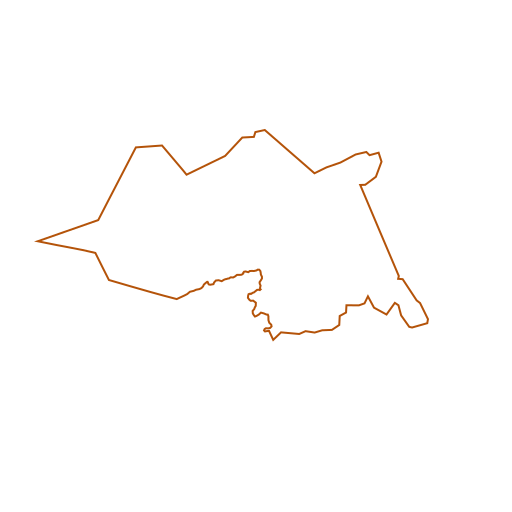 the district of Randolph, West Virginia, United States of America, rotated 51°
{"feature_id": "52423323B54631605576846", "entity_name": "Randolph", "entity_type": "district", "adm_level": 2, "iso_a3": "USA", "parent_name": "United States of America", "parent_adm1": "West Virginia", "projection": "orthographic", "projection_center": [-79.767, 38.752], "detail": "fine", "context": "isolated", "style": "outline", "palette": "amber", "viewbox_px": 512, "rotation_deg": 51, "n_neighbors": 0, "source": "geoboundaries", "source_scale": "gbopen_adm2", "svg_char_len": 2142}
<svg xmlns="http://www.w3.org/2000/svg" viewBox="0 0 512 512"><g transform="rotate(51 256 256)"><path d="M107.2,416.3L110.5,413.6L122.3,403.8L130.9,396.5L142.1,387.1L152.5,378.9L167.3,382.2L182.1,385.4L199.4,373.4L217.1,361.0L228.3,353.0L239.6,344.7L240.2,342.2L240.9,339.5L241.6,336.7L242.3,333.4L242.2,329.9L243.9,326.3L244.5,323.8L246.1,320.8L246.6,318.6L246.3,316.3L245.4,314.5L245.3,312.3L245.3,310.3L245.6,309.9L246.6,310.1L247.1,310.4L248.3,310.6L249.5,309.7L251.1,306.8L250.2,305.2L249.8,302.6L251.3,300.3L254.0,298.5L254.3,295.9L254.8,294.3L255.3,293.5L255.8,292.1L256.5,291.0L256.5,289.9L256.7,289.0L258.3,287.3L258.7,285.2L258.7,282.7L260.6,280.3L261.5,278.9L261.6,276.9L261.0,276.5L260.7,275.2L261.5,273.8L263.7,272.2L263.8,270.2L265.1,268.5L266.4,267.0L267.5,264.8L267.7,263.2L268.7,262.1L270.5,262.1L272.0,262.9L273.5,263.9L275.8,264.4L277.2,265.5L277.9,267.4L278.6,269.7L279.8,270.5L281.9,271.1L283.4,273.0L284.3,273.7L284.8,273.5L284.9,274.5L284.0,275.0L283.0,276.5L283.0,278.2L283.0,280.6L282.4,282.0L282.5,282.6L282.3,283.9L281.6,284.2L281.0,285.8L281.9,287.1L283.4,288.6L286.0,288.7L287.5,288.3L288.9,286.3L292.2,285.5L294.6,287.6L295.2,289.3L296.1,290.7L296.6,293.2L298.6,294.6L300.7,294.9L302.4,294.9L302.9,293.3L303.3,290.6L303.1,287.8L305.6,286.0L308.1,284.7L309.0,283.7L310.7,284.3L311.4,284.9L313.7,286.7L316.2,287.7L319.0,287.4L320.5,288.2L320.8,290.2L320.1,291.8L318.4,293.8L318.2,295.2L318.9,296.6L320.3,296.5L321.1,295.0L322.4,293.0L332.0,295.4L331.1,284.6L343.8,271.5L345.6,264.8L352.4,258.6L355.4,251.3L361.2,243.5L362.0,234.7L355.3,228.7L356.6,221.6L351.2,216.7L359.1,207.1L361.1,201.5L357.8,194.4L370.4,196.8L383.6,191.4L379.8,177.6L383.9,176.3L393.5,180.6L407.5,181.5L409.8,179.7L416.0,165.2L413.3,162.1L395.8,158.1L391.6,159.1L366.3,156.6L363.2,159.9L361.4,157.6L315.6,144.5L266.4,130.3L269.4,126.3L269.9,113.0L261.7,99.1L252.9,95.7L249.1,104.3L244.6,104.8L239.8,114.7L236.5,131.6L231.5,145.4L228.5,158.5L163.6,169.9L159.3,178.5L162.1,182.7L155.3,192.1L158.8,217.0L149.1,258.8L143.4,258.8L111.0,259.5L96.0,281.0L120.1,336.2L128.8,356.0L107.2,416.3Z" fill="none" stroke="#b45309" stroke-width="2"/></g></svg>